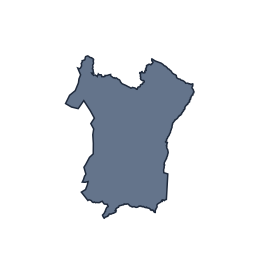 Nogoonnuur, Bayan-Ölgiy, Mongolia, rotated 49°
{"feature_id": "93677404B33313948817102", "entity_name": "Nogoonnuur", "entity_type": "district", "adm_level": 2, "iso_a3": "MNG", "parent_name": "Mongolia", "parent_adm1": "Bayan-Ölgiy", "projection": "orthographic", "projection_center": [90.114, 49.534], "detail": "fine", "context": "isolated", "style": "filled", "palette": "slate", "viewbox_px": 256, "rotation_deg": 49, "n_neighbors": 0, "source": "geoboundaries", "source_scale": "gbopen_adm2", "svg_char_len": 5803}
<svg xmlns="http://www.w3.org/2000/svg" viewBox="0 0 256 256"><g transform="rotate(49 128 128)"><path d="M209.6,162.8L208.6,161.9L208.0,161.5L207.8,160.6L207.2,159.6L207.0,158.6L206.6,157.8L205.3,156.9L205.0,156.4L204.8,155.9L205.0,153.8L205.3,152.6L205.3,151.5L205.6,150.6L205.9,150.3L205.7,149.8L204.8,150.1L204.7,149.7L205.1,148.8L205.5,148.7L205.8,148.3L206.7,148.0L206.6,147.7L206.7,146.5L207.1,145.9L188.8,128.1L185.2,130.3L182.8,128.5L182.2,127.4L181.7,127.0L181.4,126.4L180.4,125.7L180.0,124.6L179.2,124.7L178.8,124.1L178.2,123.6L177.7,122.8L177.4,121.8L177.1,121.3L177.0,120.8L176.5,119.8L176.4,119.0L175.8,118.5L174.8,116.4L173.8,115.2L173.6,114.7L172.7,113.6L170.2,112.2L169.0,112.1L167.8,111.4L167.2,110.6L166.6,110.7L166.2,109.7L165.6,109.3L164.9,107.8L164.7,107.7L163.9,108.7L163.1,108.8L162.7,107.0L162.2,106.7L161.7,106.1L161.7,105.9L161.8,105.8L161.8,105.6L161.2,104.2L160.8,103.9L160.7,102.7L160.4,102.0L160.3,101.3L159.8,100.8L159.2,98.9L158.0,97.6L157.7,96.5L157.2,96.1L156.5,94.5L155.8,93.9L155.4,93.3L154.8,92.8L154.3,91.7L153.8,91.4L153.6,91.0L153.6,90.3L153.1,88.4L153.1,87.7L152.7,87.3L152.9,87.0L152.9,86.6L153.0,86.1L153.0,85.6L153.1,85.2L153.0,83.8L152.6,82.9L152.6,81.6L152.2,81.1L152.3,80.8L152.7,80.4L152.8,79.7L152.6,79.0L152.3,78.7L152.5,78.2L151.8,77.3L151.9,76.7L151.6,76.1L151.5,74.9L150.8,74.2L151.1,73.7L151.1,73.1L150.7,72.8L150.5,72.1L149.8,71.8L149.8,71.4L149.3,70.7L149.3,70.2L149.0,69.0L149.2,68.6L149.0,68.3L148.9,67.9L148.9,67.7L149.2,67.4L149.0,66.9L148.6,66.4L148.7,65.4L148.4,64.8L148.6,64.4L148.3,64.1L148.0,63.6L147.4,63.5L147.3,63.0L147.1,62.6L147.4,62.2L147.1,61.5L146.3,61.3L146.3,60.5L145.5,59.4L145.6,58.9L145.2,57.8L145.6,57.4L145.6,57.2L145.0,56.8L144.4,56.0L144.4,55.6L144.6,55.3L143.9,54.4L143.0,54.3L142.6,53.9L142.1,53.7L139.7,53.4L139.2,52.9L138.9,51.8L138.5,51.5L138.1,50.8L137.2,50.2L136.8,50.6L136.6,51.8L135.9,52.0L135.7,52.3L135.0,52.5L134.5,53.1L133.7,53.3L133.1,53.8L132.1,55.1L131.0,54.9L129.1,55.2L128.9,55.4L128.1,55.5L126.9,56.5L125.4,56.6L124.0,57.7L122.8,58.1L121.8,58.2L120.0,57.1L119.4,57.2L118.2,57.6L118.0,57.9L115.5,58.5L113.2,58.1L111.3,58.5L110.6,58.4L109.5,59.0L108.3,58.9L106.1,59.1L104.8,59.8L103.0,59.9L100.9,60.4L95.2,63.5L90.9,64.8L91.4,64.8L91.9,65.1L92.9,66.0L93.7,65.7L94.9,66.1L95.2,67.3L95.1,68.0L95.3,68.1L95.3,69.3L94.9,69.6L94.4,69.6L93.6,70.4L93.4,71.4L93.5,71.7L93.2,72.0L93.1,73.1L94.0,73.7L94.1,74.4L94.6,74.6L95.0,76.1L95.9,76.1L96.4,76.4L96.4,76.8L96.0,77.3L96.1,77.9L96.4,78.4L97.3,78.9L97.2,79.2L96.6,80.2L96.3,80.5L95.6,80.6L94.6,80.4L94.5,80.8L94.9,81.7L94.9,82.2L94.0,82.5L94.0,82.9L94.4,83.3L95.6,83.3L97.1,84.8L97.5,84.8L98.5,85.5L98.6,86.0L99.8,86.5L102.0,85.9L102.4,85.1L103.4,85.1L103.9,85.6L103.8,87.4L104.4,88.3L104.3,88.6L103.9,89.0L103.9,89.6L103.7,90.0L103.7,90.4L104.3,91.3L104.6,91.5L104.7,92.0L103.8,93.3L103.8,93.7L103.9,94.1L104.1,94.2L104.5,95.1L104.8,95.7L104.2,96.3L103.4,96.1L102.1,96.7L100.2,98.1L100.3,98.5L100.0,99.3L99.8,99.7L98.3,100.1L97.1,100.7L94.6,101.6L91.0,103.3L90.1,103.5L89.4,103.4L88.7,103.6L88.3,103.3L86.5,102.9L85.6,103.0L84.9,103.5L82.6,103.9L82.0,104.8L82.1,105.1L81.3,105.5L81.0,105.4L80.7,106.0L80.3,106.2L77.2,106.8L76.2,106.0L75.6,107.0L74.7,109.2L73.3,110.9L73.8,111.2L73.9,111.6L73.4,112.8L72.8,113.1L72.2,114.1L71.9,114.2L71.2,113.6L70.3,113.3L68.9,114.8L67.7,114.9L67.9,115.2L68.2,115.8L68.3,116.4L68.9,117.4L68.1,117.4L67.7,117.7L66.7,117.9L65.8,118.8L65.6,119.5L64.5,119.2L64.0,119.6L62.7,119.4L64.1,117.9L62.3,117.0L60.8,115.9L60.0,116.1L59.3,115.1L59.2,114.6L57.5,113.6L57.2,113.2L57.1,112.5L56.6,111.6L55.4,110.7L54.5,110.4L54.3,109.7L53.7,109.0L53.1,108.9L52.7,109.2L52.1,109.1L51.6,109.4L51.1,109.4L49.6,110.5L48.0,110.7L47.1,111.2L46.5,112.6L46.4,113.1L46.5,113.5L47.0,114.3L48.1,115.6L48.2,116.2L47.7,117.0L47.7,117.6L47.1,118.4L48.2,119.4L48.7,121.1L49.7,121.5L50.8,122.5L51.0,122.8L51.1,123.5L51.6,124.6L51.5,125.4L51.1,125.9L49.8,126.6L56.8,128.9L58.8,132.8L61.5,135.9L65.2,143.3L65.0,150.6L68.6,159.1L75.1,156.9L80.7,152.9L78.3,143.4L90.3,145.1L98.5,146.9L100.3,153.2L106.2,154.5L110.0,159.0L116.8,164.2L124.7,171.2L124.9,176.3L127.9,184.1L128.7,187.0L135.1,190.0L135.7,191.3L135.8,192.3L137.8,195.6L138.8,198.0L140.8,196.0L142.2,193.3L144.2,195.9L146.6,200.4L145.8,205.3L156.4,205.8L156.4,205.0L156.8,204.4L158.6,203.4L160.4,203.5L161.4,203.1L161.6,202.6L161.6,202.3L161.8,201.9L163.0,201.6L163.5,200.7L165.3,198.9L165.5,198.4L165.7,198.2L165.7,197.2L165.9,196.9L166.4,195.5L169.2,195.8L169.9,195.7L172.1,193.6L172.8,194.1L174.0,194.2L174.3,194.5L174.3,195.1L174.0,195.5L174.3,196.8L174.6,197.3L174.7,197.8L175.1,198.3L175.4,199.2L176.2,199.8L176.1,200.7L176.8,201.9L177.0,204.4L178.0,204.8L179.2,205.0L179.6,205.2L180.3,205.2L180.5,205.1L180.5,204.7L180.3,203.7L180.9,202.4L181.0,201.9L181.4,201.2L180.9,200.6L181.1,199.8L181.1,199.5L180.6,198.7L181.2,197.8L181.8,197.5L182.3,195.7L182.9,194.7L182.8,194.4L183.2,193.4L183.1,192.9L183.4,192.4L183.3,192.0L182.9,192.1L182.5,191.8L182.0,191.8L182.3,190.9L181.2,190.6L181.0,189.2L181.2,188.7L181.1,187.9L181.6,187.2L180.9,185.6L181.0,185.3L181.6,184.6L182.4,182.7L182.9,182.0L183.0,181.8L182.8,181.2L182.8,180.7L183.5,180.5L183.7,179.9L184.4,179.3L184.6,178.5L185.3,177.8L186.0,177.9L186.9,177.6L188.0,177.7L188.7,177.2L189.7,177.0L189.9,176.6L190.5,176.5L190.9,175.6L191.3,175.2L191.2,175.1L191.3,174.9L193.1,174.1L193.3,173.9L194.1,172.5L194.1,171.9L194.3,171.4L194.2,170.9L194.7,170.5L195.0,169.8L195.4,169.5L195.8,169.6L196.0,169.4L196.2,169.0L196.7,168.9L197.1,168.6L197.2,168.0L197.7,167.7L198.1,167.8L199.5,167.1L199.9,166.0L200.6,166.1L200.7,165.8L201.0,165.8L202.8,164.5L203.5,164.4L204.2,164.7L205.3,164.5L205.3,164.1L205.4,163.6L206.2,163.5L206.5,163.1L206.9,162.9L207.2,163.2L208.5,163.4L209.1,163.3L209.6,162.8Z" fill="#64748b" stroke="#1e293b" stroke-width="1.5"/></g></svg>